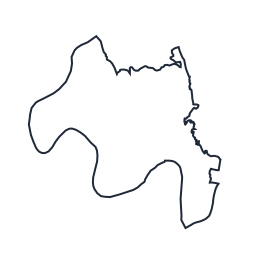 Ceatalchioi, Tulcea, Romania (Mercator projection), rotated 280°
{"feature_id": "2599482B17078963684272", "entity_name": "Ceatalchioi", "entity_type": "district", "adm_level": 2, "iso_a3": "ROU", "parent_name": "Romania", "parent_adm1": "Tulcea", "projection": "mercator", "projection_center": [28.823, 45.276], "detail": "fine", "context": "isolated", "style": "outline", "palette": "slate", "viewbox_px": 256, "rotation_deg": 280, "n_neighbors": 0, "source": "geoboundaries", "source_scale": "gbopen_adm2", "svg_char_len": 5850}
<svg xmlns="http://www.w3.org/2000/svg" viewBox="0 0 256 256"><g transform="rotate(280 128 128)"><path d="M212.9,80.8L205.5,73.5L201.6,67.6L198.1,63.8L195.2,61.9L193.6,61.5L188.2,60.1L181.7,61.7L174.1,61.8L162.8,58.9L154.3,53.4L149.3,48.8L142.8,40.3L138.6,34.5L136.8,32.7L131.0,29.6L123.8,29.2L122.5,29.4L114.1,29.8L104.3,33.6L97.6,37.5L92.8,40.7L91.2,42.1L89.4,44.4L88.5,47.1L88.8,50.5L91.2,53.9L95.8,56.7L102.1,59.1L107.4,61.8L114.8,67.1L116.8,69.9L117.5,71.5L117.7,73.6L117.1,77.4L115.2,82.3L112.8,86.9L107.3,93.7L103.7,99.3L100.3,101.4L95.6,102.7L89.8,103.4L81.5,102.8L73.3,102.3L68.7,102.8L64.9,103.9L62.0,105.6L58.5,109.0L56.2,113.3L56.3,117.7L56.9,122.4L61.1,131.2L68.0,144.1L71.2,147.9L75.1,150.9L77.7,153.5L81.0,154.0L85.5,155.7L89.9,157.7L93.5,161.5L96.6,163.6L99.8,167.8L100.9,169.8L102.3,170.1L102.4,170.7L103.1,175.0L103.1,177.7L103.0,178.8L102.6,180.2L102.2,181.1L100.7,183.6L99.9,184.6L99.3,185.3L98.0,186.3L97.1,186.8L93.0,188.3L91.4,189.0L90.2,189.5L89.1,189.8L88.2,190.0L67.2,192.1L53.5,195.3L52.6,195.5L52.3,195.6L51.6,195.8L47.2,196.4L46.7,196.5L39.5,202.0L41.9,205.0L43.6,207.1L45.1,208.7L46.6,211.0L48.1,214.3L49.7,217.2L51.9,220.2L53.4,221.5L55.6,223.2L58.6,223.9L62.9,224.5L66.5,224.6L69.8,224.7L70.3,224.5L72.1,224.4L75.9,224.3L81.8,224.7L84.2,225.1L86.4,225.7L88.4,226.7L88.9,226.8L89.0,222.0L88.9,221.5L89.0,220.5L88.9,220.1L88.4,218.0L88.9,218.0L90.9,218.3L91.9,218.6L92.0,218.6L92.4,218.5L92.8,218.4L93.2,218.2L93.3,218.0L93.7,217.6L93.8,217.5L94.0,217.4L94.5,217.3L94.9,217.3L95.4,217.2L95.9,217.3L96.4,217.1L96.7,216.9L96.7,216.5L96.8,216.4L97.1,216.2L98.4,216.1L99.9,216.0L100.3,216.3L100.7,216.4L102.2,216.7L102.0,219.6L102.0,219.8L102.0,220.1L101.9,223.0L102.1,223.5L102.2,224.6L102.9,224.6L113.1,224.5L113.2,224.1L113.4,223.8L114.9,222.4L115.1,222.0L115.2,221.6L115.4,220.5L115.5,219.6L115.6,218.3L115.5,217.4L115.2,216.4L114.8,215.4L114.7,215.0L114.8,214.6L114.7,214.3L114.8,213.6L115.6,212.1L115.9,211.2L116.4,210.7L117.0,210.3L117.5,210.1L117.9,209.8L118.4,209.7L118.8,209.7L119.0,209.6L119.2,208.8L118.9,208.3L118.5,207.9L117.9,207.9L116.6,208.2L116.4,208.0L116.2,207.7L116.4,207.5L118.4,205.4L122.8,202.6L123.3,201.9L123.7,201.6L123.9,201.2L123.9,200.8L123.6,200.1L123.6,199.3L123.8,198.8L123.9,198.6L124.0,198.3L124.0,198.1L124.0,197.9L124.3,197.8L124.6,197.9L124.8,198.1L124.9,198.9L124.8,199.1L124.6,199.5L124.6,199.8L124.8,200.3L125.0,200.5L125.4,200.4L125.8,200.0L126.1,199.8L126.4,199.9L126.8,200.2L127.0,200.3L127.3,200.2L127.2,199.7L127.0,199.4L126.5,199.4L126.0,199.3L125.6,199.0L125.6,198.7L126.4,197.3L126.8,197.1L127.5,197.3L128.0,197.6L128.3,197.4L128.3,197.2L128.2,196.8L128.6,196.0L128.9,195.7L129.2,195.6L129.8,195.8L130.0,195.8L130.2,195.6L130.4,194.9L130.6,194.5L130.9,194.1L131.8,193.4L132.3,193.3L133.6,193.3L134.6,193.5L135.7,193.3L135.8,193.1L135.7,192.9L134.7,192.8L134.6,192.7L134.3,192.4L134.2,192.3L134.4,191.8L135.2,191.2L135.6,191.3L136.6,191.3L137.1,191.3L137.5,191.4L137.9,191.7L138.2,192.3L138.3,192.9L138.6,194.0L138.7,193.8L138.8,193.6L138.8,193.4L139.1,192.9L139.4,192.6L139.6,192.5L140.5,192.4L141.0,192.5L141.4,192.7L141.6,192.7L141.8,192.7L142.2,192.5L143.0,192.9L143.5,192.7L143.5,192.0L143.6,191.9L143.8,191.8L144.1,191.8L144.5,192.0L144.6,191.9L145.1,191.5L145.4,191.0L145.5,190.6L145.4,190.4L144.9,190.3L144.6,190.0L144.5,189.6L144.4,189.2L144.2,188.9L144.3,188.7L144.6,188.4L144.8,188.5L145.4,189.2L145.7,189.2L145.9,189.1L146.2,188.8L146.5,188.4L146.4,188.1L145.5,187.8L145.5,187.7L145.8,187.2L146.0,187.1L146.3,187.0L146.3,186.9L145.6,185.9L145.2,185.4L144.8,185.1L144.6,185.0L144.1,185.1L143.6,184.9L143.2,184.8L142.0,184.2L141.4,183.9L141.5,183.6L141.8,183.6L142.9,183.0L143.6,182.7L143.7,182.8L143.9,183.1L144.1,183.2L144.3,183.0L144.3,182.8L144.5,182.5L144.6,182.3L145.6,182.4L146.1,182.2L146.4,182.1L147.1,182.1L147.3,182.2L147.3,182.7L147.2,183.1L147.2,183.4L147.3,183.7L147.8,184.0L148.3,184.2L149.2,184.7L149.7,185.5L150.0,185.9L150.3,186.2L150.8,186.3L151.3,186.2L151.6,186.5L151.8,186.5L152.1,186.4L152.5,186.2L152.8,186.2L153.4,186.5L153.8,186.6L154.4,186.9L155.3,187.4L156.2,187.8L158.3,188.8L158.8,189.1L159.1,189.5L159.4,189.9L159.4,190.1L159.0,190.5L158.9,190.8L158.9,191.2L158.8,191.7L159.0,191.9L159.7,192.5L159.8,192.7L160.1,193.0L160.4,193.1L161.6,193.4L162.2,193.5L162.7,193.4L162.8,193.2L162.8,192.8L163.0,192.4L163.1,191.2L163.0,190.4L162.7,189.9L162.7,189.0L162.6,188.6L162.6,188.3L162.7,188.1L163.7,188.0L165.0,187.5L167.9,186.3L169.5,185.9L171.1,185.5L171.8,185.4L172.4,185.2L172.8,185.0L173.5,184.7L174.1,184.6L175.4,184.3L176.6,183.7L177.0,182.1L177.5,182.0L178.0,182.3L178.1,182.2L178.2,181.9L178.5,181.5L178.9,181.4L179.6,181.4L179.7,181.2L180.0,181.2L180.4,181.4L180.8,181.5L181.0,181.5L181.4,181.6L181.9,181.4L182.1,181.4L182.2,181.6L182.6,181.7L183.1,181.0L183.4,180.8L183.7,180.9L183.9,180.9L184.7,180.3L185.7,180.5L186.0,180.3L186.2,180.0L189.3,179.9L189.3,179.1L193.7,176.4L195.2,175.5L196.9,174.6L205.0,171.4L206.4,169.8L208.0,168.6L212.9,165.5L216.5,163.8L214.6,160.2L212.1,157.7L209.6,158.2L207.9,159.9L206.8,160.2L204.9,157.7L204.0,157.8L203.4,158.4L202.8,160.5L201.3,163.1L201.0,164.3L202.2,167.9L200.1,168.9L197.0,169.3L197.2,167.9L198.6,166.0L199.3,162.8L198.8,161.4L196.7,157.9L197.0,155.8L196.5,153.8L196.2,153.1L195.1,152.9L194.0,151.8L193.6,150.5L191.8,149.8L190.9,149.3L189.6,146.5L189.8,144.5L190.9,143.0L191.3,141.7L191.0,137.3L192.0,135.1L191.7,133.8L188.7,130.0L187.8,129.2L186.4,128.3L185.9,126.4L185.9,124.9L186.4,123.7L188.4,121.5L188.4,120.1L187.3,119.4L185.1,119.9L182.0,120.4L184.3,118.1L184.7,116.9L184.9,114.3L184.4,111.4L183.8,110.2L182.6,110.1L180.7,108.1L179.2,107.7L185.1,104.2L188.8,101.2L190.7,98.7L191.7,95.5L192.4,95.1L194.2,94.9L195.2,93.5L196.5,93.5L198.5,91.0L201.1,89.6L203.1,88.6L206.8,87.0L208.4,86.2L209.2,85.5L211.1,83.0L212.9,80.8Z" fill="none" stroke="#1e293b" stroke-width="2"/></g></svg>